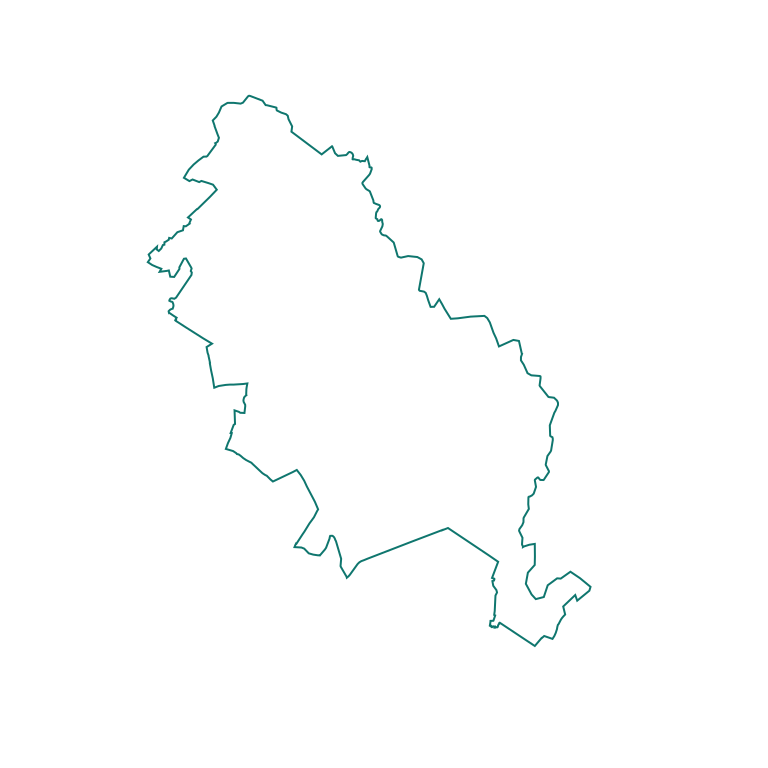 Vecumu pag., Vilakas, Latvia, rotated 301°
{"feature_id": "27541924B24216055125897", "entity_name": "Vecumu pag.", "entity_type": "district", "adm_level": 2, "iso_a3": "LVA", "parent_name": "Latvia", "parent_adm1": "Vilakas", "projection": "natural_earth1", "projection_center": [27.805, 57.201], "detail": "fine", "context": "isolated", "style": "outline", "palette": "teal", "viewbox_px": 768, "rotation_deg": 301, "n_neighbors": 0, "source": "geoboundaries", "source_scale": "gbopen_adm2", "svg_char_len": 6130}
<svg xmlns="http://www.w3.org/2000/svg" viewBox="0 0 768 768"><g transform="rotate(301 384 384)"><path d="M237.1,648.2L247.4,649.9L247.4,650.1L250.5,651.1L252.3,659.7L255.8,659.8L259.1,659.4L263.0,658.5L265.0,657.7L267.1,657.1L268.1,657.3L273.2,657.0L275.0,657.1L277.0,657.4L279.7,658.0L285.6,652.2L301.6,656.6L297.8,661.2L312.6,666.5L316.5,665.5L318.5,652.0L319.1,640.5L308.2,635.7L306.6,632.5L295.8,628.0L283.7,630.7L277.8,624.9L279.6,618.9L285.8,608.5L296.4,604.5L306.5,606.4L313.7,602.3L324.6,595.6L321.1,591.4L316.9,587.7L315.8,587.1L316.2,586.9L317.4,585.1L317.8,584.8L323.5,581.9L327.5,575.7L327.9,575.3L329.5,574.8L334.1,575.2L337.4,574.7L340.7,572.8L341.5,572.6L351.5,572.5L355.2,569.6L361.0,566.3L361.5,566.1L362.2,566.4L362.5,566.9L362.9,567.1L364.7,568.2L367.1,568.8L374.1,567.3L379.1,562.9L379.6,562.7L380.2,562.8L382.6,563.6L383.0,563.8L383.2,564.2L383.3,564.4L382.3,567.1L382.3,567.4L383.7,570.0L384.1,570.3L393.4,570.7L394.2,570.3L397.8,564.5L398.3,564.1L406.4,561.2L411.8,561.6L413.0,561.5L422.8,557.6L424.1,556.8L425.1,555.8L425.0,553.8L425.2,553.1L434.0,547.4L447.2,544.8L449.1,544.8L455.5,544.0L457.4,542.9L458.5,541.5L459.0,540.4L459.8,536.8L458.5,533.8L458.0,532.8L457.6,531.6L462.4,518.8L462.9,518.1L469.2,515.4L470.8,514.5L471.1,514.2L471.1,513.9L471.1,513.4L467.3,505.8L467.2,501.4L467.4,501.2L472.5,493.9L474.8,489.2L477.7,487.5L481.0,486.8L481.0,486.5L490.4,477.5L488.4,472.2L475.4,463.2L480.8,456.7L484.3,451.5L491.3,443.0L493.7,438.5L494.1,435.0L486.4,423.6L478.3,413.4L474.3,407.7L479.7,397.1L482.4,392.6L485.1,387.7L476.0,387.2L474.1,384.2L478.6,378.7L481.7,375.3L483.6,372.8L483.8,370.7L482.3,366.6L482.5,365.9L482.8,365.4L507.9,355.9L508.1,355.7L510.2,352.1L510.0,347.2L506.1,338.8L501.1,333.5L500.6,331.7L500.4,330.5L500.5,330.1L500.8,329.7L509.9,319.9L510.3,319.4L512.0,310.9L512.2,309.5L512.1,308.9L511.4,307.4L511.1,305.4L511.4,304.4L512.6,302.2L513.2,301.9L518.3,301.4L520.4,300.6L520.9,300.2L521.8,299.2L523.6,297.9L523.9,297.3L523.8,296.7L523.1,296.4L521.6,296.0L520.7,295.0L520.8,294.4L521.8,293.4L521.8,291.8L521.9,291.5L522.4,291.2L526.3,289.3L527.4,289.0L528.3,289.3L531.0,289.0L532.8,289.4L533.6,289.4L534.3,289.1L534.7,288.6L534.9,288.1L534.9,287.5L534.3,284.6L534.0,282.0L534.6,281.3L535.9,280.3L541.7,272.8L541.9,272.3L541.9,268.8L542.1,267.6L544.3,262.8L544.9,262.1L545.3,261.9L546.3,261.9L555.5,263.6L556.7,263.7L557.7,263.6L561.8,262.8L563.0,262.0L563.1,261.7L562.4,260.2L562.4,259.9L563.8,259.0L569.9,252.8L568.9,252.8L567.9,252.7L565.1,252.8L563.9,250.3L562.4,249.2L562.9,247.4L561.9,244.8L561.3,242.7L560.5,241.7L560.5,241.3L561.9,240.6L563.7,240.1L564.4,239.4L564.9,238.8L565.3,237.9L565.5,236.9L565.4,235.8L565.1,234.9L564.6,234.5L563.3,234.2L562.2,234.1L560.7,233.6L555.8,227.0L556.6,223.2L560.9,217.4L561.0,217.0L548.7,212.3L552.6,174.7L557.5,172.6L561.8,165.8L564.4,163.3L564.8,161.0L563.7,156.2L563.3,151.4L563.6,150.8L565.4,149.5L565.4,149.1L562.7,140.2L562.1,138.9L564.3,134.0L562.0,121.1L561.6,119.9L561.0,119.5L560.5,119.3L552.5,118.2L550.5,116.7L547.5,110.2L544.6,105.4L544.2,105.0L543.5,104.6L538.2,101.8L531.6,102.7L528.6,102.7L526.8,102.7L521.7,101.5L518.1,105.8L517.8,105.9L512.3,112.7L510.0,115.7L506.2,116.6L504.5,116.0L503.5,115.3L503.2,116.0L502.8,116.3L502.4,116.5L490.0,115.3L488.5,115.2L487.5,114.7L485.9,112.2L480.0,109.8L474.1,107.8L467.2,106.3L457.7,106.3L457.7,112.7L460.7,114.6L461.9,121.6L464.0,122.9L465.8,130.1L466.8,134.8L464.4,140.6L454.7,138.4L437.8,134.0L437.6,133.6L425.8,130.2L425.6,133.8L421.1,134.4L421.1,134.7L417.1,132.9L416.2,131.0L412.2,132.5L407.7,128.7L399.4,127.1L398.6,124.6L396.8,125.2L393.9,123.8L392.4,122.8L390.3,124.0L389.2,122.9L385.4,123.3L382.0,122.4L382.3,119.9L384.8,118.7L373.8,115.6L371.3,119.1L366.8,118.8L366.6,124.0L367.2,128.8L368.1,133.8L364.6,133.9L369.1,139.6L370.5,141.1L365.9,145.5L367.7,149.0L377.3,149.4L378.6,148.5L388.3,148.0L389.6,149.6L384.5,158.8L383.9,159.6L381.3,160.2L380.6,161.8L378.3,162.8L351.0,161.3L349.1,160.4L348.2,157.9L347.7,157.3L347.2,156.9L345.9,156.8L344.8,157.1L344.8,157.4L344.9,158.8L345.3,160.0L345.2,160.7L343.9,162.3L342.6,163.3L341.0,163.8L340.2,163.9L339.8,164.1L338.2,162.8L337.5,162.4L335.6,161.9L335.3,162.0L334.2,163.1L334.4,163.2L334.1,168.5L334.0,172.1L332.6,172.0L331.5,172.2L331.8,172.7L330.9,173.0L330.5,185.1L330.0,205.3L330.0,215.8L324.3,212.9L319.9,216.7L318.0,219.0L317.7,219.1L312.5,224.0L312.2,223.9L306.7,228.7L300.7,234.3L293.4,240.4L297.2,243.4L301.7,248.8L304.1,252.2L306.1,255.5L311.4,263.2L314.1,266.6L310.8,267.8L308.7,268.7L303.8,271.4L303.6,271.8L302.5,271.4L300.5,271.0L298.4,271.6L297.5,272.0L296.4,272.9L294.7,275.7L293.5,276.5L287.3,279.3L285.3,275.6L285.4,273.9L284.4,269.5L273.0,276.9L271.6,276.2L263.0,277.8L263.5,278.8L258.7,280.1L252.9,280.7L246.9,281.9L248.8,289.2L248.6,293.1L248.2,294.0L248.8,295.7L248.6,298.1L248.0,301.5L247.8,305.2L248.2,311.0L247.9,312.0L245.0,325.4L244.9,326.4L244.8,329.2L245.0,330.7L243.7,335.8L243.2,339.0L261.6,351.2L265.4,353.5L263.1,359.5L260.0,365.4L256.4,370.7L249.0,382.9L247.4,385.5L242.6,392.1L240.6,392.1L233.7,392.6L226.0,391.9L216.5,391.8L213.2,391.6L202.1,391.2L202.1,390.8L200.4,390.9L198.1,391.3L201.3,397.4L201.8,400.4L200.1,406.7L201.3,411.2L203.3,416.0L204.0,416.7L204.0,417.3L211.7,418.6L213.8,418.7L223.6,416.9L224.7,416.4L226.1,416.1L227.2,417.7L227.3,418.8L226.9,420.2L226.2,421.4L225.0,422.9L224.6,423.7L212.1,437.3L205.8,440.4L205.3,440.8L204.3,442.5L199.5,451.2L198.8,451.9L200.8,452.6L202.9,453.0L216.1,454.1L218.4,454.7L220.5,455.8L222.6,457.5L225.7,459.8L263.6,489.3L287.1,507.8L288.9,509.2L288.7,509.3L293.5,513.0L291.1,562.2L290.4,573.4L273.4,576.5L273.9,578.8L273.7,579.1L272.2,579.5L270.9,578.4L267.3,581.6L265.3,586.4L263.6,588.2L263.0,588.3L260.1,588.5L246.5,595.8L242.8,597.4L242.9,598.5L237.5,599.7L237.3,599.6L235.8,597.3L234.4,598.0L231.3,599.2L231.3,599.6L231.8,599.7L232.0,600.0L231.8,600.7L231.2,601.1L231.1,601.3L231.8,601.8L231.6,602.1L232.8,602.9L232.6,603.5L233.3,604.2L233.0,604.5L232.2,604.5L232.3,604.7L233.6,605.8L233.7,606.3L234.5,606.6L235.5,606.2L237.0,606.0L237.8,606.3L238.3,605.9L239.0,606.2L237.1,648.2Z" fill="none" stroke="#0f766e" stroke-width="2"/></g></svg>